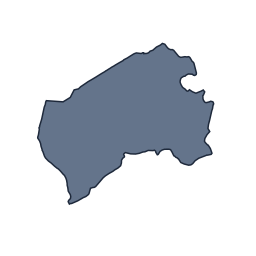 Chiquimula, Chiquimula, Guatemala (Natural Earth projection), rotated 327°
{"feature_id": "79465075B13186946486683", "entity_name": "Chiquimula", "entity_type": "district", "adm_level": 2, "iso_a3": "GTM", "parent_name": "Guatemala", "parent_adm1": "Chiquimula", "projection": "natural_earth1", "projection_center": [-89.563, 14.792], "detail": "fine", "context": "isolated", "style": "filled", "palette": "slate", "viewbox_px": 256, "rotation_deg": 327, "n_neighbors": 0, "source": "geoboundaries", "source_scale": "gbopen_adm2", "svg_char_len": 2724}
<svg xmlns="http://www.w3.org/2000/svg" viewBox="0 0 256 256"><g transform="rotate(327 128 128)"><path d="M43.8,100.0L43.8,101.2L42.6,106.2L42.5,108.3L43.3,112.4L44.5,115.6L45.6,120.0L46.8,123.6L47.2,124.0L47.9,127.3L48.5,131.8L48.9,133.1L48.6,136.2L48.1,138.2L46.8,141.3L45.8,142.9L45.0,145.3L43.5,148.4L43.3,152.6L42.6,154.4L41.3,155.8L38.8,156.4L37.7,157.2L37.4,159.9L38.5,160.0L39.6,160.6L46.1,161.7L52.5,162.0L55.2,162.5L58.0,162.3L59.4,161.9L63.7,158.1L66.0,158.7L67.3,159.4L68.9,159.5L80.1,156.2L83.1,155.8L87.4,155.8L91.8,156.1L94.0,155.9L97.8,156.1L101.3,155.6L103.4,153.8L105.0,151.5L107.1,150.5L109.2,150.3L109.7,149.7L109.9,147.9L110.7,147.3L112.4,147.2L116.1,151.1L120.1,153.9L123.7,155.4L127.3,156.2L129.3,157.2L132.7,157.8L136.7,160.6L138.1,161.0L138.5,162.4L138.1,163.5L138.0,166.4L138.9,166.6L142.1,165.1L144.7,165.1L147.0,165.7L150.8,168.1L151.9,169.3L151.8,172.2L151.3,176.3L151.8,177.0L152.2,178.7L152.5,179.2L153.1,180.0L153.2,181.0L153.5,181.3L153.5,185.7L155.5,188.8L158.6,192.2L160.5,193.1L161.4,193.2L163.0,193.1L166.4,192.0L170.9,191.9L178.8,193.6L179.3,193.6L179.9,194.1L183.4,195.4L184.7,194.9L185.9,190.0L185.9,186.0L185.5,185.6L184.9,182.4L184.9,180.8L186.7,178.7L190.7,176.6L194.6,175.5L194.8,171.9L197.6,168.7L200.3,166.3L207.6,159.2L208.2,158.7L209.3,157.9L211.9,155.0L212.3,155.0L213.1,154.2L213.5,152.6L213.0,151.7L211.9,150.6L210.5,150.4L207.8,149.5L206.8,148.8L206.4,147.9L206.4,145.8L206.8,144.3L208.2,141.9L208.4,141.6L209.1,141.5L212.0,139.5L211.8,137.1L209.4,136.9L203.9,135.8L201.7,132.6L200.4,129.4L198.7,129.7L198.0,129.5L197.4,128.7L197.1,126.6L196.1,124.2L195.9,123.2L196.1,120.3L196.6,118.1L197.3,117.0L199.0,115.4L200.2,114.9L203.0,115.0L203.9,115.6L205.9,115.3L208.1,115.6L211.3,118.0L211.6,119.3L212.6,120.3L214.3,120.3L215.3,119.2L218.6,109.5L218.5,108.0L218.1,107.1L218.3,102.7L218.0,101.7L217.4,101.0L216.2,100.6L214.6,99.2L210.7,97.5L209.9,96.2L209.5,95.5L208.6,87.6L207.8,86.3L206.5,85.6L205.2,83.7L204.8,82.0L204.5,77.8L202.9,75.8L200.4,76.1L196.0,75.6L191.1,76.3L188.4,75.6L186.4,76.1L184.6,75.8L181.7,74.2L182.1,73.4L181.3,72.9L180.4,72.9L179.5,72.6L177.9,71.3L175.9,69.6L174.3,69.2L173.1,69.0L168.0,68.9L165.5,68.9L161.7,68.5L160.5,68.8L156.2,68.5L151.7,68.3L149.8,68.3L147.2,68.1L145.6,68.2L144.8,68.1L143.4,68.1L141.4,68.1L141.1,68.1L140.7,68.0L140.2,68.0L139.6,68.1L139.3,68.1L138.9,68.1L137.3,68.0L135.1,67.9L128.6,67.8L123.3,67.6L119.8,67.4L116.6,67.5L110.8,67.6L107.8,68.2L103.6,66.7L98.5,69.6L96.3,70.9L87.8,70.7L74.4,60.6L73.1,61.4L71.4,63.3L69.1,64.9L60.5,73.5L54.8,78.3L54.5,78.9L53.4,79.4L53.0,80.7L49.1,85.0L47.7,86.2L47.3,86.5L46.8,87.4L46.8,90.7L46.2,93.5L45.1,96.0L44.2,99.4L43.8,100.0Z" fill="#64748b" stroke="#1e293b" stroke-width="1.5"/></g></svg>